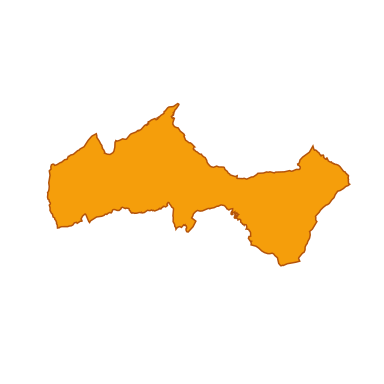 the district of Moieciu, Brasov, Romania, rotated 308°
{"feature_id": "2599482B36660136549746", "entity_name": "Moieciu", "entity_type": "district", "adm_level": 2, "iso_a3": "ROU", "parent_name": "Romania", "parent_adm1": "Brasov", "projection": "equal_earth", "projection_center": [25.317, 45.469], "detail": "fine", "context": "isolated", "style": "filled", "palette": "amber", "viewbox_px": 384, "rotation_deg": 308, "n_neighbors": 0, "source": "geoboundaries", "source_scale": "gbopen_adm2", "svg_char_len": 6087}
<svg xmlns="http://www.w3.org/2000/svg" viewBox="0 0 384 384"><g transform="rotate(308 192 192)"><path d="M203.8,319.5L205.2,317.0L206.0,316.6L211.6,316.7L213.7,317.4L216.0,316.7L218.3,315.0L220.6,314.5L222.3,314.5L224.2,313.7L227.9,313.1L230.9,311.6L232.8,309.8L233.2,309.0L236.9,309.7L245.6,308.6L245.8,307.3L246.7,306.2L247.9,305.5L248.7,304.4L249.8,304.3L254.3,304.7L256.7,304.4L260.8,304.9L264.4,305.8L265.5,306.6L267.5,307.2L272.0,307.0L274.9,307.4L278.1,306.5L282.3,306.3L284.5,307.9L288.0,309.2L291.1,309.8L293.3,311.1L295.2,311.5L295.1,310.2L297.5,307.9L298.2,307.7L298.6,306.9L299.2,306.6L299.3,306.2L301.1,305.4L301.4,304.3L301.1,303.5L301.6,302.7L301.5,301.7L302.1,300.3L301.6,298.9L301.7,298.2L303.1,292.9L303.2,290.9L302.6,288.8L301.8,287.5L301.9,286.8L301.5,286.4L301.6,285.4L301.1,284.8L301.5,283.3L300.8,282.8L300.4,280.4L301.9,277.4L301.6,277.2L300.4,277.7L300.1,277.2L300.3,274.5L301.4,273.7L301.9,272.8L301.1,272.1L301.1,271.7L299.9,271.5L300.6,268.9L301.0,268.3L301.0,265.7L301.3,264.7L301.1,263.5L300.4,262.9L300.4,262.5L300.8,261.6L302.7,259.0L295.6,260.0L287.6,257.7L283.8,257.4L281.2,258.5L280.2,258.6L279.1,258.0L278.4,258.8L278.8,259.7L278.4,261.7L277.6,262.5L276.6,262.8L275.9,262.7L274.0,260.3L270.2,258.2L269.4,257.4L269.0,255.8L264.7,252.3L259.1,245.6L257.7,245.1L255.9,241.0L254.5,239.9L253.7,238.4L250.9,236.6L247.3,232.4L245.5,232.2L241.7,231.0L240.3,229.5L235.8,227.2L234.9,224.6L233.9,223.9L230.7,219.5L230.6,218.8L232.6,217.6L230.8,216.6L229.0,211.5L229.4,210.5L229.2,208.9L230.0,207.0L230.0,204.2L231.2,202.3L230.9,201.3L228.2,197.7L227.6,195.5L224.7,193.8L223.7,191.5L223.6,190.0L224.2,186.9L224.9,185.3L226.0,184.1L227.2,181.2L226.9,179.3L227.1,177.1L227.6,176.2L227.0,175.5L226.6,174.3L226.7,171.1L226.3,169.9L226.7,168.1L226.3,167.5L226.8,166.4L227.7,166.4L228.8,165.7L229.2,166.2L229.8,162.0L229.7,160.4L229.0,159.4L229.0,156.0L228.8,155.2L230.9,151.5L232.0,151.3L232.0,150.6L232.5,150.4L232.7,149.6L232.7,145.3L234.0,141.6L233.2,140.0L232.7,137.9L233.6,135.2L235.1,134.1L239.2,132.7L239.0,131.5L238.2,131.5L238.2,130.3L238.8,129.9L238.9,129.3L239.7,129.6L241.0,129.4L241.2,130.0L243.2,129.0L243.0,128.5L244.5,128.6L246.4,128.0L248.0,128.3L252.8,127.9L253.1,127.5L252.9,126.3L247.9,124.7L244.8,121.5L243.3,121.0L239.3,121.0L238.3,120.5L236.6,121.5L233.0,120.2L230.1,120.0L230.5,119.8L230.5,119.5L229.4,119.3L228.7,119.7L228.5,119.1L227.8,119.7L226.8,119.2L227.1,117.6L223.7,115.6L221.0,114.9L220.6,114.4L220.2,114.3L219.9,114.6L220.1,114.9L219.4,115.0L219.0,115.8L218.3,115.5L218.3,115.2L217.9,115.4L217.3,115.1L217.1,115.4L216.6,115.2L216.6,114.8L217.4,114.7L215.3,113.7L210.1,113.4L208.9,113.0L207.9,112.1L207.6,112.4L207.2,112.1L207.5,111.8L207.1,111.4L204.7,110.9L200.3,108.2L198.8,107.9L193.3,107.8L192.3,106.8L191.2,104.6L188.0,103.1L186.1,101.7L185.6,100.4L185.0,101.0L184.0,100.6L179.8,103.6L176.2,105.3L174.3,105.5L171.1,104.3L169.6,101.9L168.8,99.0L169.6,98.8L170.8,96.5L171.2,94.5L172.0,93.9L172.3,93.1L173.2,92.3L173.6,90.6L175.0,87.6L176.5,83.2L177.5,82.6L179.0,80.7L174.7,78.8L173.2,78.6L168.6,78.4L161.2,79.1L157.0,77.3L155.8,77.3L154.1,76.4L148.6,75.3L146.2,73.5L144.6,73.3L144.0,72.6L140.8,73.4L139.1,71.8L134.8,70.8L134.3,70.2L130.3,68.7L128.4,67.4L128.8,66.0L128.3,65.2L126.9,64.5L125.0,65.2L123.2,66.8L120.8,66.5L117.8,69.8L111.0,73.5L108.5,76.1L106.0,77.7L103.9,78.6L102.7,78.5L101.9,79.5L99.0,81.3L97.7,82.9L97.8,84.2L96.7,85.3L96.2,87.1L95.4,87.7L93.8,87.6L92.1,90.0L90.1,91.4L88.7,94.4L88.7,95.6L86.8,97.9L87.0,99.7L86.0,100.8L85.8,102.1L84.5,104.2L83.6,104.8L83.2,106.0L80.8,108.2L82.1,109.4L83.2,109.7L84.5,110.7L88.2,115.4L89.7,116.3L90.9,117.6L92.7,118.4L95.3,118.3L97.0,119.7L96.6,120.8L100.2,122.0L101.2,123.2L101.8,122.8L102.4,121.2L105.7,120.6L108.7,121.2L109.0,121.6L108.6,122.7L105.2,128.8L104.9,130.1L106.7,129.8L113.6,132.2L117.3,135.8L119.5,137.1L120.9,137.2L121.7,137.9L121.9,138.7L123.4,138.9L125.4,139.9L125.6,141.1L126.9,141.2L128.9,140.5L129.9,141.0L130.7,142.1L131.4,144.4L132.6,145.9L135.0,146.4L136.1,146.0L137.1,146.5L138.0,149.8L138.8,150.0L140.0,152.2L140.0,152.8L139.2,153.6L139.0,155.1L138.6,155.5L138.3,156.8L138.7,157.3L138.4,157.7L139.3,158.4L139.8,159.8L141.4,161.6L143.3,163.0L144.0,163.8L144.2,164.6L144.9,164.6L144.9,165.7L146.5,167.1L150.2,168.2L151.4,170.4L152.9,171.1L153.1,172.6L153.7,172.7L154.1,174.3L158.1,176.6L158.6,176.3L159.4,176.7L159.3,177.7L159.7,178.0L161.2,177.8L161.9,178.4L163.0,178.2L163.5,178.8L164.0,180.4L166.2,181.0L166.7,180.7L166.7,180.1L167.0,179.7L169.1,179.6L169.4,180.6L168.9,181.3L168.5,183.2L167.6,185.4L167.8,186.5L167.4,187.8L161.4,191.7L160.5,192.8L157.0,195.4L155.9,198.0L154.2,199.8L154.1,200.9L152.8,202.3L154.1,202.2L156.1,202.8L157.3,203.7L157.6,205.5L161.0,205.7L160.9,206.4L161.9,206.7L161.5,207.2L161.8,208.1L161.1,209.2L160.4,210.0L159.5,209.9L158.6,210.5L158.0,211.2L157.5,212.4L158.1,213.6L165.2,214.2L171.4,213.0L171.4,207.7L173.5,207.4L175.7,206.6L178.6,206.9L180.8,207.6L181.9,210.1L183.5,211.8L188.7,214.7L189.7,215.7L189.7,216.4L190.8,216.9L193.3,219.1L196.1,220.4L196.9,221.4L199.7,222.8L201.1,225.6L201.2,226.4L200.7,229.0L200.2,229.8L200.5,230.4L200.4,231.7L200.6,232.2L202.1,232.7L203.9,234.3L201.5,235.9L200.9,235.7L200.9,235.3L199.4,235.8L198.6,236.5L198.6,237.2L199.5,238.0L200.3,237.1L202.8,237.9L201.7,238.7L202.3,239.3L202.0,239.8L203.2,240.1L202.8,240.9L203.0,242.5L200.9,241.9L201.3,240.2L200.7,239.7L198.4,241.2L198.1,240.9L197.7,241.5L197.9,242.2L199.5,242.1L200.3,241.7L201.0,242.1L201.1,242.7L198.9,242.7L198.8,243.7L199.1,244.6L198.3,245.4L200.0,246.4L199.9,247.7L198.3,248.9L198.1,251.4L197.8,251.7L198.1,253.0L197.9,253.6L198.7,253.4L199.5,255.0L198.1,256.9L196.2,257.5L196.8,258.0L196.7,258.5L197.4,259.6L196.7,261.2L196.7,262.0L195.9,263.3L193.2,265.5L192.0,264.3L190.2,265.0L189.2,268.0L189.7,269.1L189.0,268.9L188.2,270.2L186.7,271.1L188.7,275.8L188.9,278.9L188.5,283.3L188.9,286.4L190.1,289.7L191.3,291.3L193.1,292.8L193.5,294.4L192.9,296.5L192.8,299.8L189.1,304.3L188.5,307.3L189.0,307.9L190.0,308.4L190.2,309.1L194.2,311.3L200.4,316.9L203.8,319.5Z" fill="#f59e0b" stroke="#b45309" stroke-width="1.5"/></g></svg>